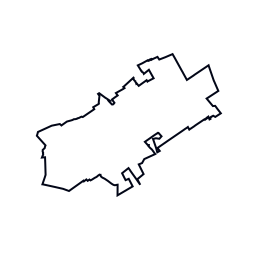 Venado, San Luis Potosí, Mexico (Mercator projection), rotated 322°
{"feature_id": "50627088B34430901612565", "entity_name": "Venado", "entity_type": "district", "adm_level": 2, "iso_a3": "MEX", "parent_name": "Mexico", "parent_adm1": "San Luis Potosí", "projection": "mercator", "projection_center": [-101.049, 22.921], "detail": "fine", "context": "isolated", "style": "outline", "palette": "ink", "viewbox_px": 256, "rotation_deg": 322, "n_neighbors": 0, "source": "geoboundaries", "source_scale": "gbopen_adm2", "svg_char_len": 3707}
<svg xmlns="http://www.w3.org/2000/svg" viewBox="0 0 256 256"><g transform="rotate(322 128 128)"><path d="M210.3,165.4L210.3,164.2L208.4,163.0L208.1,153.2L210.2,153.4L210.3,153.4L222.0,154.4L224.4,145.1L224.8,143.4L229.7,129.2L230.1,128.2L213.1,127.0L212.6,127.0L212.3,127.0L212.0,127.0L204.0,126.4L205.4,117.8L205.5,117.4L205.6,116.5L205.7,115.7L205.9,114.6L206.1,113.3L208.0,101.4L208.6,97.2L201.0,95.2L194.8,93.3L195.0,90.1L190.4,89.0L190.2,89.0L189.9,88.8L189.7,88.9L189.1,88.7L188.7,88.7L188.8,87.9L188.4,87.8L188.1,87.7L187.9,88.3L187.5,88.2L187.5,87.6L187.2,87.5L185.8,87.2L185.5,87.7L184.8,87.1L184.9,86.7L179.1,85.8L174.3,84.7L173.9,88.5L173.6,90.8L173.8,90.9L173.8,91.2L173.8,91.5L173.6,91.7L173.6,92.6L173.9,93.0L174.0,93.4L174.0,93.9L174.0,94.5L173.8,95.1L180.3,95.0L180.2,95.6L178.8,104.6L172.3,103.4L171.9,103.4L172.1,101.8L162.4,101.4L162.3,98.5L161.8,98.4L161.9,98.2L162.0,98.0L162.0,97.9L162.0,97.7L162.2,97.4L162.1,97.2L162.2,96.9L162.2,96.7L162.2,96.4L162.3,96.2L162.4,95.9L162.4,95.7L162.5,95.6L162.4,95.4L162.4,95.1L162.3,94.9L162.3,94.7L162.3,94.4L162.3,94.2L162.3,93.9L162.3,93.7L162.4,93.4L162.4,93.2L162.5,93.0L162.4,92.9L162.5,92.8L162.7,92.7L162.8,92.6L162.9,92.4L162.9,92.2L163.0,92.0L163.0,91.9L163.3,91.8L163.3,91.7L153.3,92.5L153.1,92.5L151.8,92.6L151.4,92.7L151.0,92.7L150.8,92.7L150.3,92.7L149.9,92.7L149.6,92.7L149.8,94.4L148.4,94.3L147.7,94.2L140.0,93.0L139.9,96.0L136.9,95.8L133.0,95.7L132.9,97.5L132.8,99.0L132.8,99.8L131.8,100.1L131.6,100.1L130.8,100.2L130.4,100.0L129.8,99.5L129.8,98.9L129.7,98.3L129.7,97.7L129.5,96.5L129.5,95.9L129.4,95.3L129.4,94.7L130.5,95.3L129.1,91.1L128.8,90.4L126.7,82.8L125.4,82.7L125.3,84.9L124.9,85.6L124.5,85.9L120.9,89.6L120.6,90.0L120.3,90.4L120.3,90.6L120.0,90.9L119.8,91.0L118.8,90.9L113.4,90.2L113.0,92.4L100.3,91.6L99.1,91.5L98.4,90.5L97.3,90.2L96.8,90.1L96.0,90.0L95.4,89.8L94.5,89.5L94.1,89.2L93.5,89.3L92.1,88.7L91.6,88.3L91.0,88.0L90.6,87.7L90.3,87.7L90.0,87.6L89.5,87.6L88.8,87.4L88.5,87.2L88.1,87.1L83.8,85.3L83.6,85.3L77.1,85.0L77.0,84.2L76.8,83.5L76.7,82.9L69.3,79.2L54.6,75.7L52.9,77.0L51.4,78.0L52.3,90.9L51.6,91.3L50.7,91.9L50.1,92.5L47.3,92.8L47.1,93.1L46.4,93.7L46.0,95.1L45.8,95.4L45.5,95.4L44.7,96.9L44.2,97.0L42.0,98.3L42.5,98.6L44.6,100.0L40.4,105.8L34.2,114.2L32.0,115.7L25.9,119.7L26.4,120.2L34.1,129.5L39.4,136.0L42.7,141.3L60.5,142.1L60.4,142.9L63.5,142.9L63.7,144.8L65.9,144.9L66.0,145.5L66.2,146.2L67.9,146.5L71.1,146.8L73.1,147.2L75.2,147.1L76.3,147.2L76.8,147.2L77.0,147.6L77.2,147.8L77.5,148.0L77.2,148.6L77.0,149.1L76.9,149.2L76.9,150.0L77.3,151.4L78.0,152.8L78.4,153.7L79.6,157.4L80.5,160.9L80.9,162.2L81.3,163.3L81.7,164.1L82.2,164.8L82.6,165.1L83.1,165.4L84.4,166.0L84.9,166.3L78.3,174.6L95.7,176.9L97.3,168.5L94.0,167.6L95.5,160.0L103.7,159.9L103.6,162.9L103.5,163.1L103.0,175.6L102.9,175.9L102.9,176.5L102.9,176.9L102.7,180.3L103.8,174.1L111.9,173.9L114.1,163.3L117.5,164.3L121.7,162.5L133.4,165.3L133.6,159.7L133.1,156.9L133.0,154.8L133.4,154.7L133.6,154.6L133.8,154.5L134.0,154.3L133.9,154.2L133.7,154.1L133.4,154.1L133.2,154.0L133.1,153.9L132.8,149.3L144.6,149.9L148.3,150.2L148.3,150.5L149.0,150.7L149.3,155.2L146.1,155.8L143.7,153.3L141.0,152.0L137.9,160.9L136.1,165.2L138.9,165.6L138.9,161.9L149.4,162.5L151.3,162.6L168.6,163.7L170.4,163.8L172.6,163.9L174.6,164.1L175.8,164.1L175.3,167.0L175.8,167.0L176.6,167.0L177.0,167.1L178.5,167.2L181.3,167.4L182.5,167.4L184.0,167.5L193.6,168.2L194.0,168.3L193.9,168.9L196.1,169.0L196.2,168.4L196.8,168.4L197.2,168.5L198.3,168.5L197.5,171.4L198.6,171.6L199.1,170.4L200.4,170.6L200.5,170.4L202.7,170.8L203.6,173.0L208.0,173.4L208.9,173.5L210.2,173.6L210.2,170.9L210.2,169.6L210.2,167.9L210.3,165.4Z" fill="none" stroke="#020617" stroke-width="2"/></g></svg>